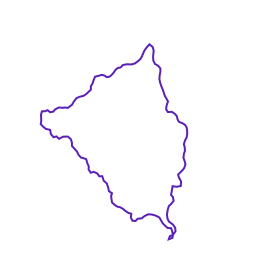 outline of Presidente Kubitschek, Minas Gerais, Brazil, rotated 24°
{"feature_id": "56859067B74501979707215", "entity_name": "Presidente Kubitschek", "entity_type": "district", "adm_level": 2, "iso_a3": "BRA", "parent_name": "Brazil", "parent_adm1": "Minas Gerais", "projection": "orthographic", "projection_center": [-43.574, -18.625], "detail": "fine", "context": "isolated", "style": "outline", "palette": "violet", "viewbox_px": 256, "rotation_deg": 24, "n_neighbors": 0, "source": "geoboundaries", "source_scale": "gbopen_adm2", "svg_char_len": 2141}
<svg xmlns="http://www.w3.org/2000/svg" viewBox="0 0 256 256"><g transform="rotate(24 128 128)"><path d="M212.5,207.5L213.4,203.0L211.7,200.0L208.5,198.0L203.4,196.8L200.9,194.7L198.8,191.2L197.5,186.5L197.1,182.6L198.3,179.9L199.3,176.0L197.3,173.0L194.5,171.5L193.4,166.8L192.4,163.0L196.4,161.9L199.8,159.5L198.3,155.3L194.6,152.5L192.7,150.1L193.8,147.4L194.9,144.6L195.6,141.9L195.3,137.9L193.1,135.1L190.8,132.7L189.6,129.0L189.3,125.6L187.6,122.5L185.6,120.0L185.2,116.1L185.4,112.7L184.5,109.3L183.0,106.2L181.4,103.7L178.8,101.9L175.6,101.5L171.9,101.6L169.8,100.0L167.8,97.3L165.3,96.1L161.6,95.4L157.9,97.2L155.3,95.5L154.2,92.3L153.7,87.4L150.7,85.2L148.3,83.4L146.4,81.2L144.1,78.8L141.5,76.3L138.9,73.5L136.7,70.4L135.6,67.3L134.7,63.4L133.3,60.4L130.3,58.9L126.6,58.5L123.8,56.2L122.1,53.1L121.1,50.2L119.9,46.7L117.5,43.9L113.5,42.9L112.3,46.7L111.5,50.7L111.5,53.8L111.6,56.6L111.3,59.9L109.9,63.0L107.9,66.4L105.3,68.5L100.9,70.3L97.6,72.7L96.6,75.7L94.3,77.3L93.0,79.7L92.4,83.2L91.5,86.0L90.3,88.6L88.0,90.1L85.0,89.7L82.4,90.1L79.9,92.3L77.0,94.5L77.1,97.9L77.5,101.7L77.1,104.9L78.5,108.2L77.1,111.4L75.9,114.2L74.3,116.7L71.3,119.0L68.8,121.6L67.8,125.6L67.4,129.5L65.0,134.0L62.5,134.8L60.1,136.1L56.5,137.4L53.9,140.6L53.1,143.4L50.4,145.3L47.3,144.4L45.5,146.4L42.6,147.8L43.1,151.2L44.8,154.6L46.0,157.2L46.6,159.8L49.2,161.1L53.3,162.2L57.6,161.4L60.1,165.0L63.8,166.7L66.0,164.8L69.4,165.9L72.3,162.3L76.5,160.3L80.2,161.4L82.7,164.1L84.1,167.2L87.5,168.7L91.0,170.3L93.8,172.7L97.0,174.1L99.8,173.7L102.4,173.4L105.0,176.5L107.9,179.2L108.9,182.0L112.3,184.0L114.4,182.0L118.3,182.0L121.4,183.8L124.1,182.5L127.2,186.0L131.2,187.3L134.1,190.4L136.3,193.5L139.9,194.1L140.2,196.9L141.7,199.5L143.8,202.6L147.6,203.8L150.1,204.2L153.2,203.6L156.2,203.9L159.3,204.8L162.8,205.4L165.9,205.0L167.1,208.7L169.8,210.9L172.7,209.9L173.7,207.0L177.2,205.0L179.0,201.6L181.6,198.6L185.1,197.3L189.0,196.8L193.0,197.0L195.7,198.9L198.2,200.8L201.4,202.1L204.8,203.2L208.2,202.0L210.7,204.8L212.5,207.5ZM210.5,213.1L213.3,210.3L212.5,207.5L210.2,209.8L210.5,213.1Z" fill="none" stroke="#5b21b6" stroke-width="2"/></g></svg>